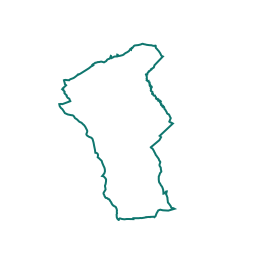 Davidesti, Arges, Romania, rotated 298°
{"feature_id": "2599482B43743362823664", "entity_name": "Davidesti", "entity_type": "district", "adm_level": 2, "iso_a3": "ROU", "parent_name": "Romania", "parent_adm1": "Arges", "projection": "mercator", "projection_center": [25.041, 45.006], "detail": "fine", "context": "isolated", "style": "outline", "palette": "teal", "viewbox_px": 256, "rotation_deg": 298, "n_neighbors": 0, "source": "geoboundaries", "source_scale": "gbopen_adm2", "svg_char_len": 5771}
<svg xmlns="http://www.w3.org/2000/svg" viewBox="0 0 256 256"><g transform="rotate(298 128 128)"><path d="M78.5,207.0L78.5,205.7L78.1,204.8L78.0,203.6L79.1,202.3L80.6,199.3L80.9,198.3L81.6,197.8L83.2,196.7L83.9,196.1L84.7,195.8L86.7,193.7L87.4,192.7L90.2,192.0L89.9,191.5L88.9,191.2L87.9,190.7L86.8,190.4L86.6,190.1L87.6,189.6L90.0,188.0L90.8,187.2L91.7,186.2L92.2,185.5L93.1,183.6L94.1,182.3L94.5,181.2L95.4,180.4L97.0,179.3L99.7,177.9L100.8,177.9L103.1,177.5L104.3,177.7L104.7,177.8L105.0,177.9L105.3,177.8L107.1,176.3L108.2,175.7L108.5,175.3L109.5,173.6L110.2,173.1L113.1,172.5L113.5,172.0L114.0,170.8L115.3,169.4L116.4,167.0L117.0,166.0L117.0,165.7L117.4,164.9L117.7,164.7L118.8,163.2L119.2,162.5L119.8,161.8L121.1,159.7L121.3,159.3L121.3,158.8L121.3,158.3L121.5,157.6L121.7,157.2L132.0,161.4L135.3,161.5L135.3,161.4L135.5,161.3L135.7,160.8L136.0,160.3L136.0,159.7L153.0,165.5L153.0,165.2L153.0,164.8L153.1,163.8L152.8,162.8L152.9,162.3L153.0,161.5L156.8,161.1L157.9,159.4L158.6,158.7L159.2,157.6L159.2,157.1L159.1,156.6L159.1,156.3L159.4,155.5L159.7,155.1L160.1,154.8L161.4,152.6L161.7,152.3L161.8,151.5L162.4,150.9L162.6,150.7L162.8,150.6L163.3,150.1L163.1,149.7L163.5,149.6L163.5,149.4L163.2,149.3L163.1,148.9L163.6,148.6L164.0,148.6L164.1,148.4L164.1,148.1L164.0,147.9L163.5,147.7L164.0,147.0L163.8,146.5L164.1,146.1L164.9,146.1L165.0,145.9L165.1,145.4L165.5,145.1L165.6,144.9L165.5,144.7L165.6,144.3L165.9,144.3L166.4,144.4L166.5,143.8L166.5,143.7L166.7,143.8L166.8,144.0L167.0,144.1L167.2,143.2L166.6,142.7L166.3,142.3L166.3,141.8L166.5,141.8L166.8,141.7L166.7,141.6L167.2,141.2L167.3,141.3L167.5,141.3L167.7,140.7L167.2,140.2L166.9,139.7L167.0,139.4L167.2,138.9L167.6,138.9L168.0,138.6L168.3,138.2L168.8,137.1L169.3,136.6L169.2,136.3L168.8,135.8L168.8,135.6L168.8,135.3L169.1,135.0L169.3,134.3L169.5,134.0L170.0,133.9L170.0,133.7L169.6,133.2L169.9,133.0L170.7,133.0L171.2,132.8L171.4,132.5L171.4,132.3L171.4,131.5L171.4,131.1L171.6,130.8L171.8,130.5L173.0,130.2L173.3,130.0L173.4,129.7L173.8,129.4L174.2,129.3L174.5,129.7L174.9,129.9L175.3,129.8L175.7,129.4L175.8,129.0L175.2,128.0L175.4,127.6L176.3,127.5L176.7,127.2L176.4,126.7L177.1,126.3L177.6,125.8L178.0,125.9L178.4,125.7L178.4,124.7L179.2,124.1L179.0,123.9L178.7,123.7L178.7,123.3L178.8,123.0L178.9,122.7L178.8,122.4L178.9,122.1L179.3,122.2L179.5,122.2L180.1,121.4L180.4,121.2L180.8,121.3L182.4,120.3L182.6,119.9L183.0,119.8L183.4,119.5L183.4,119.0L183.6,118.7L183.8,118.7L183.9,118.9L183.9,119.3L184.1,119.7L184.3,119.9L184.8,119.6L185.7,119.5L186.0,119.5L187.1,119.9L187.3,119.7L187.7,119.7L188.0,119.8L188.1,120.1L188.3,120.2L190.6,121.2L190.8,120.8L191.2,121.0L192.2,121.6L193.6,122.4L194.5,122.1L195.4,122.1L195.8,121.9L207.5,125.2L207.4,124.2L207.6,123.4L208.0,122.8L209.1,121.4L210.5,118.7L210.8,117.6L211.2,116.9L211.7,115.2L212.2,114.6L213.1,114.2L213.6,113.8L213.5,113.3L212.9,112.8L212.4,111.6L212.2,110.8L212.1,110.0L211.1,107.8L210.1,105.1L210.0,104.4L209.4,102.4L209.3,101.5L208.7,100.8L207.7,100.0L206.0,98.1L204.6,96.0L203.9,95.1L203.1,94.7L200.8,94.3L200.5,93.7L200.0,93.9L199.3,93.3L199.1,93.8L198.5,94.0L198.5,93.1L196.1,92.6L194.2,91.5L193.3,90.8L192.2,90.2L191.3,89.8L191.0,89.8L189.9,89.1L188.2,87.3L187.1,85.9L187.8,84.6L187.7,84.1L186.1,84.8L185.4,83.7L185.1,83.0L184.5,82.3L183.0,81.4L182.1,80.7L183.6,79.3L183.6,79.0L182.4,79.2L181.2,79.3L180.5,79.2L179.8,78.4L178.7,77.6L176.8,77.3L174.7,76.0L174.2,73.5L173.7,72.7L172.9,71.8L171.8,70.1L171.0,69.5L170.7,69.1L170.6,68.9L170.2,68.4L169.9,68.3L169.4,68.2L168.0,67.2L167.1,66.9L166.9,67.8L166.0,67.3L166.0,67.0L162.3,65.4L153.4,60.3L152.4,59.5L152.1,59.4L152.2,59.1L151.9,58.7L150.1,58.2L147.3,56.9L146.1,56.1L144.1,54.3L143.1,53.7L142.5,53.6L141.4,51.1L141.4,50.9L141.1,50.2L140.4,49.2L140.1,49.0L137.9,51.1L137.1,51.7L136.7,53.3L135.7,53.0L132.4,51.8L132.1,52.4L131.3,51.9L131.0,53.1L130.8,53.5L130.6,54.3L130.4,54.9L130.1,55.2L129.1,55.3L128.5,56.6L128.4,57.3L128.0,58.6L127.6,58.6L127.2,58.9L126.5,60.2L126.3,60.8L126.4,61.4L126.3,62.2L125.9,63.0L125.1,63.5L124.8,64.0L124.8,64.3L124.6,64.5L118.2,58.8L117.8,57.5L116.8,56.1L115.5,57.2L115.1,57.6L114.7,58.4L114.2,59.3L113.8,61.2L112.9,62.9L111.5,65.3L111.7,68.5L112.7,71.9L113.2,73.1L113.2,73.6L113.1,74.3L112.6,75.4L112.2,75.8L111.8,76.7L111.7,78.5L111.5,79.4L110.7,82.0L110.7,82.6L110.8,84.0L110.8,84.5L110.5,85.6L110.1,86.8L109.9,87.9L109.0,89.7L106.7,93.0L106.1,93.5L105.3,93.8L103.0,94.1L102.3,94.9L102.1,95.5L101.9,97.7L102.2,100.2L101.9,101.2L101.5,102.0L99.3,104.1L98.6,104.7L96.2,106.6L93.2,109.1L90.8,110.8L91.2,112.0L91.1,112.9L90.7,113.7L89.7,114.4L87.9,115.0L87.7,116.6L87.2,118.1L86.8,119.6L86.6,120.2L85.0,121.8L82.9,124.4L82.0,125.7L80.7,126.9L78.9,128.0L76.9,128.4L73.5,127.8L73.7,128.4L73.8,129.4L73.0,131.7L72.7,132.0L72.5,132.6L72.1,132.9L70.2,133.8L69.5,134.0L68.4,134.4L67.6,134.6L66.4,134.7L66.1,134.9L65.4,135.3L64.4,136.2L63.1,137.1L59.8,136.9L59.2,136.9L58.4,137.3L57.8,138.3L56.8,139.3L56.6,139.9L56.1,140.4L55.9,141.0L55.9,141.3L56.2,141.9L56.3,143.0L56.0,143.3L56.0,143.7L56.2,144.9L55.7,145.6L55.6,146.1L55.1,146.6L55.0,147.0L54.3,148.4L53.7,148.8L53.5,149.4L53.3,149.6L53.0,150.1L53.0,150.4L52.8,150.7L52.6,151.2L52.7,151.8L52.5,152.2L52.5,153.1L52.6,153.5L52.3,154.7L51.9,155.0L51.1,156.1L50.6,156.4L50.0,157.0L49.5,157.1L48.5,157.6L47.9,158.0L47.7,158.3L47.3,158.4L46.5,158.5L46.1,158.6L44.9,159.4L44.0,159.9L42.9,161.2L42.4,162.8L42.5,163.0L43.2,162.9L43.7,162.8L44.2,163.1L44.4,163.3L44.7,164.7L44.8,165.3L45.7,167.7L47.2,169.8L50.1,175.6L50.9,175.1L51.4,176.0L53.4,179.8L53.6,180.1L54.4,181.3L54.9,182.4L56.7,184.8L57.7,185.7L57.6,185.9L58.5,187.0L59.1,187.9L59.7,189.3L59.9,189.3L61.8,192.5L61.6,193.1L62.9,193.7L66.0,193.3L69.4,193.4L71.0,194.8L71.7,197.4L74.0,202.4L78.5,207.0Z" fill="none" stroke="#0f766e" stroke-width="2"/></g></svg>